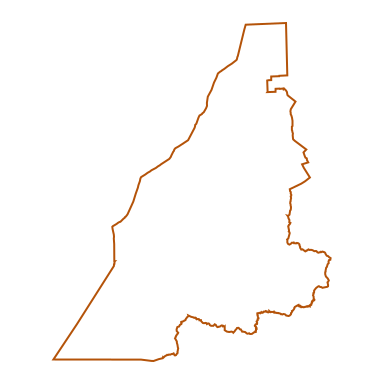 outline of Rubavu, Western, Rwanda
{"feature_id": "39286606B86206624572237", "entity_name": "Rubavu", "entity_type": "district", "adm_level": 2, "iso_a3": "RWA", "parent_name": "Rwanda", "parent_adm1": "Western", "projection": "robinson", "projection_center": [29.369, -1.641], "detail": "fine", "context": "isolated", "style": "outline", "palette": "amber", "viewbox_px": 384, "rotation_deg": 0, "n_neighbors": 0, "source": "geoboundaries", "source_scale": "gbopen_adm2", "svg_char_len": 6087}
<svg xmlns="http://www.w3.org/2000/svg" viewBox="0 0 384 384"><path d="M311.1,305.0L311.4,304.7L311.3,303.8L312.0,302.9L311.7,302.6L311.9,301.7L312.2,301.6L312.2,301.3L312.7,301.3L313.0,301.0L313.0,300.8L312.7,300.7L312.9,300.3L314.2,300.3L314.4,300.0L314.4,299.5L313.7,298.6L313.6,296.5L313.0,295.3L313.3,294.6L313.3,293.9L313.6,293.7L313.5,293.0L313.8,292.9L314.1,292.3L314.1,290.6L315.1,289.2L316.3,287.8L318.4,286.3L318.9,286.2L320.2,287.0L321.4,287.1L322.4,287.8L327.3,286.8L328.0,286.3L328.1,285.0L327.5,282.3L328.1,281.8L328.8,280.4L327.7,278.4L325.9,276.5L325.2,274.2L325.2,272.1L325.6,271.7L325.6,270.5L326.2,267.6L326.9,266.9L327.6,264.3L328.7,263.1L328.5,261.7L329.0,260.1L330.3,259.8L330.6,258.1L329.0,257.1L328.2,256.2L326.7,255.7L325.5,253.8L325.2,252.9L324.6,252.3L323.6,251.9L323.4,252.0L322.4,251.6L321.1,252.2L320.8,251.9L320.5,252.2L319.7,252.2L318.7,252.7L317.5,252.4L316.5,251.2L316.0,251.0L314.3,251.2L312.6,250.2L311.0,249.8L309.7,250.0L308.4,249.4L307.7,250.1L307.4,250.1L307.0,250.5L306.4,250.5L306.0,251.1L305.3,251.4L302.5,249.3L301.3,249.6L300.1,247.7L300.1,246.6L299.5,245.5L299.5,244.7L299.3,244.2L298.9,243.7L297.7,243.0L297.0,243.2L296.6,243.0L296.0,243.4L294.7,243.2L294.0,243.2L293.7,242.5L292.8,242.8L291.9,242.7L290.7,243.9L289.4,244.6L288.2,244.0L287.7,243.3L287.3,242.2L287.4,240.4L287.1,239.5L288.3,238.5L289.7,233.2L289.5,232.3L288.8,231.6L289.0,231.3L289.0,230.2L288.2,226.2L288.7,225.7L288.9,224.9L289.7,224.3L290.4,222.9L289.3,222.3L289.4,220.0L288.5,218.3L288.1,216.5L287.6,215.8L287.9,215.9L288.4,215.6L289.5,214.7L290.1,210.6L290.7,209.9L290.9,208.7L291.0,207.0L290.6,205.3L290.6,204.3L290.2,203.4L290.3,201.8L290.7,201.0L290.6,200.3L291.1,198.1L290.7,196.3L291.2,195.8L291.3,194.8L290.7,193.6L290.8,192.1L290.1,191.2L289.8,189.2L301.2,183.7L304.9,181.4L309.9,177.5L303.8,167.8L302.1,164.3L308.2,162.4L306.9,159.9L306.8,158.4L305.4,157.6L304.8,156.2L303.5,152.4L306.3,149.5L295.0,141.0L293.2,139.4L293.0,138.5L292.7,135.3L292.9,133.4L292.4,132.0L292.2,130.6L291.9,130.1L291.9,129.6L291.9,126.6L292.5,126.0L292.5,120.8L292.0,117.7L291.4,115.6L290.7,114.2L290.7,112.7L290.4,111.4L290.8,109.2L295.5,101.6L287.6,95.3L287.2,93.9L287.0,92.2L286.1,90.6L284.0,88.5L283.4,89.2L283.1,88.5L279.8,88.9L279.6,88.6L275.6,88.8L275.5,91.8L267.4,92.1L267.6,91.8L267.2,80.5L268.5,80.2L271.2,80.1L271.2,76.5L279.2,76.2L279.3,75.8L287.3,75.4L286.0,23.0L245.7,24.7L244.3,29.6L237.8,56.1L237.4,56.9L236.9,59.2L236.5,60.0L231.9,63.6L227.8,66.2L224.3,68.9L221.8,70.5L221.5,70.9L220.1,71.7L217.9,73.5L216.4,77.7L214.0,82.6L211.5,89.9L207.8,96.7L206.9,102.9L207.0,105.9L206.1,108.2L203.8,112.2L202.2,113.5L201.9,114.1L199.5,115.5L198.5,117.6L196.3,123.8L195.2,124.9L195.0,126.6L194.5,128.0L188.1,140.2L178.5,146.5L175.4,148.2L174.3,149.5L173.9,150.9L173.3,151.6L171.3,155.6L170.8,156.9L169.3,158.9L161.0,164.3L159.4,165.6L158.6,165.9L155.8,168.0L151.4,170.3L150.1,171.4L147.6,172.8L145.3,174.5L141.1,177.1L140.4,178.5L139.9,181.1L138.4,185.3L137.9,187.6L135.8,193.5L133.3,201.6L127.5,214.4L125.8,216.6L125.0,217.1L124.7,217.8L123.6,218.6L120.9,221.3L120.4,221.8L119.7,221.9L118.2,222.7L116.5,224.0L112.8,226.2L112.3,226.8L112.6,229.1L113.8,234.5L114.0,236.8L113.8,238.4L114.2,244.1L114.3,261.2L114.9,261.2L114.6,261.5L114.4,264.0L114.0,264.2L113.9,266.0L77.1,323.9L53.4,359.5L141.0,359.6L151.4,360.9L153.5,361.0L158.9,359.1L162.4,358.3L162.9,357.3L163.2,357.8L165.3,355.9L167.0,355.2L167.1,354.9L168.5,354.9L169.0,354.5L170.1,354.7L171.7,354.0L172.3,354.1L173.6,353.4L174.6,355.3L175.3,355.4L176.0,355.1L176.9,353.6L177.4,353.4L177.6,352.6L177.5,351.5L177.8,350.8L177.8,350.0L178.2,348.3L177.9,347.6L177.4,344.5L176.9,343.0L176.8,341.4L175.0,338.3L175.6,337.4L175.6,336.9L176.2,335.9L176.2,335.5L176.9,334.8L177.2,334.1L177.6,333.9L178.2,332.8L176.7,331.0L176.6,329.3L177.4,327.0L179.1,326.5L179.8,325.0L181.4,324.0L181.6,323.1L181.2,322.8L181.2,321.9L183.6,321.2L184.4,320.5L185.4,320.2L185.8,319.0L187.4,316.9L188.6,316.1L188.4,315.5L191.1,316.8L193.5,317.4L194.2,317.9L195.0,317.6L195.6,317.7L196.1,318.1L196.2,318.9L196.6,319.3L197.9,319.0L198.7,319.1L199.0,319.2L199.4,320.3L200.9,320.1L201.1,321.1L202.9,323.0L204.0,323.2L205.5,322.9L206.1,323.0L206.5,323.4L206.9,324.1L208.0,323.4L208.8,323.5L209.3,323.9L209.9,325.2L211.1,325.8L213.4,325.8L214.7,324.3L215.8,324.9L216.2,325.8L217.4,327.1L218.2,327.0L218.7,326.7L219.7,326.7L220.9,325.8L221.8,325.4L222.9,325.7L222.9,326.4L223.5,326.4L223.6,326.1L224.4,326.4L224.5,326.8L224.7,326.6L224.7,330.2L226.9,331.6L229.2,332.0L231.5,331.6L232.9,332.1L233.3,332.7L234.7,331.2L235.4,330.1L236.6,328.8L237.0,328.0L238.4,327.8L239.0,328.2L239.8,329.3L240.8,329.4L242.2,331.7L242.9,331.6L245.3,332.1L246.7,333.4L247.7,333.7L249.2,333.3L249.8,333.9L250.9,334.0L252.1,333.8L253.9,332.4L255.6,332.0L255.3,331.3L256.0,330.9L256.0,329.5L256.6,329.2L256.6,328.1L255.9,327.9L255.9,326.6L254.9,326.0L254.8,325.8L255.4,324.6L256.0,324.3L256.3,323.9L257.0,323.9L257.0,323.5L257.2,323.0L256.6,321.4L257.7,320.3L257.5,319.7L257.6,319.1L258.5,318.6L258.5,318.0L257.8,316.9L257.8,315.4L257.4,315.1L257.3,313.3L257.6,313.2L258.1,313.4L259.0,312.9L259.9,312.8L260.2,313.2L261.2,312.2L261.5,312.7L262.0,312.9L262.5,312.3L263.3,312.4L263.8,311.6L265.0,311.7L265.5,311.1L266.3,311.5L266.7,311.3L267.1,312.1L268.3,312.4L269.1,312.1L269.2,311.0L269.5,311.3L269.5,311.6L270.1,311.7L270.7,312.2L271.5,311.9L273.0,312.0L273.9,311.6L274.3,312.7L275.1,312.4L276.2,313.0L276.9,312.8L278.1,313.2L278.4,313.0L280.5,313.7L280.9,314.2L281.4,314.1L282.2,314.5L283.4,314.0L284.9,314.3L285.6,314.8L286.1,315.5L288.6,316.0L289.6,315.6L290.9,314.4L291.0,313.1L291.4,312.9L291.9,312.0L292.1,311.6L292.0,311.0L292.6,310.8L293.8,309.4L294.4,308.3L294.3,307.8L294.9,306.9L296.2,306.2L296.6,305.8L297.6,305.7L298.0,305.1L298.5,304.9L298.6,305.4L299.2,305.5L299.2,306.0L299.6,305.9L299.7,306.3L300.3,306.0L300.9,307.0L301.5,306.7L301.9,307.2L302.8,306.9L303.8,307.3L305.4,306.7L305.9,306.9L306.9,306.2L307.4,306.1L307.6,306.1L307.6,306.5L307.8,306.7L309.0,306.2L309.8,306.4L309.6,305.4L310.5,304.7L311.1,305.0Z" fill="none" stroke="#b45309" stroke-width="2"/></svg>